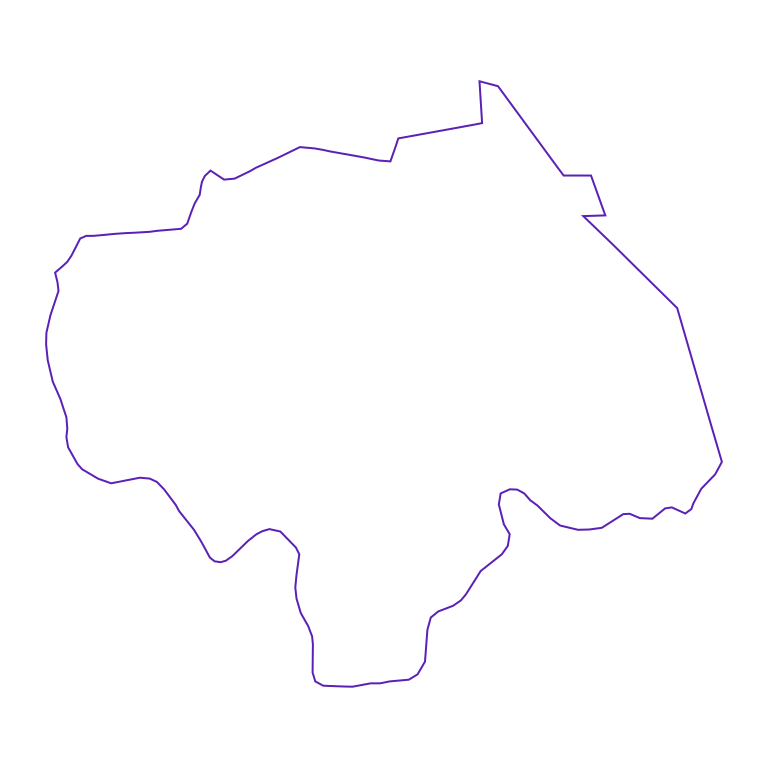 Fartura do Piauí, Piauí, Brazil
{"feature_id": "56859067B80687548008335", "entity_name": "Fartura do Piauí", "entity_type": "district", "adm_level": 2, "iso_a3": "BRA", "parent_name": "Brazil", "parent_adm1": "Piauí", "projection": "robinson", "projection_center": [-42.811, -9.481], "detail": "fine", "context": "isolated", "style": "outline", "palette": "violet", "viewbox_px": 768, "rotation_deg": 0, "n_neighbors": 0, "source": "geoboundaries", "source_scale": "gbopen_adm2", "svg_char_len": 1815}
<svg xmlns="http://www.w3.org/2000/svg" viewBox="0 0 768 768"><path d="M498.0,86.2L479.5,81.3L482.1,123.1L473.8,124.7L398.3,138.4L395.3,147.5L390.4,161.4L378.6,160.5L364.3,157.5L330.5,151.5L322.6,149.8L314.5,148.4L299.9,147.1L292.3,150.8L277.1,158.2L255.8,167.8L250.3,171.0L234.7,178.6L224.1,179.6L210.5,170.6L204.9,175.9L202.0,181.6L200.8,187.6L199.7,194.9L194.7,203.4L191.3,212.0L187.2,223.7L181.1,228.8L157.3,230.8L149.8,231.8L134.9,232.7L126.1,233.1L115.5,233.8L105.1,234.8L93.1,235.9L86.1,235.9L80.2,238.5L76.3,246.2L71.3,255.9L67.2,261.9L62.8,266.0L55.1,272.6L57.5,282.3L58.5,291.0L50.4,315.4L46.4,332.8L46.1,344.2L47.0,353.2L47.8,360.6L52.8,381.7L60.5,399.3L63.1,407.4L66.4,417.2L67.3,428.8L66.4,437.2L68.1,447.3L77.6,464.2L82.2,469.3L98.1,478.7L111.1,483.3L139.9,477.7L149.8,478.6L157.0,482.0L164.3,489.6L175.8,505.0L179.1,511.1L194.0,529.8L201.4,541.9L209.9,557.6L214.6,561.3L220.6,562.2L225.9,560.7L232.6,555.9L248.0,540.9L256.5,534.2L262.3,531.2L269.4,529.1L280.3,531.5L295.9,547.5L299.3,554.3L296.5,574.9L295.3,587.4L296.5,598.5L300.8,613.1L308.2,626.1L312.1,636.3L312.9,644.2L312.6,672.6L315.3,681.4L323.2,685.7L343.6,686.5L352.6,686.7L370.9,683.3L380.3,683.3L389.7,681.4L408.8,679.7L417.6,674.3L425.0,661.6L427.4,629.8L430.8,617.5L438.3,611.4L453.0,605.8L460.9,600.4L465.9,594.4L480.7,571.0L501.8,554.3L507.8,545.9L509.7,534.2L503.9,524.4L498.8,504.4L500.7,493.4L509.8,489.3L517.2,489.6L524.2,493.4L530.3,500.3L537.3,505.4L550.3,518.2L560.0,525.5L578.0,529.8L589.3,529.5L601.8,527.8L623.3,514.1L629.7,513.8L639.8,518.1L652.4,518.7L665.1,508.4L671.8,507.4L685.3,513.5L691.3,509.1L693.4,503.3L701.3,488.7L715.2,474.3L721.9,461.9L711.6,426.8L677.2,308.1L630.7,262.2L613.4,245.1L583.3,216.1L605.3,215.4L591.0,175.5L563.6,175.5L557.4,167.2L498.0,86.2Z" fill="none" stroke="#5b21b6" stroke-width="2"/></svg>